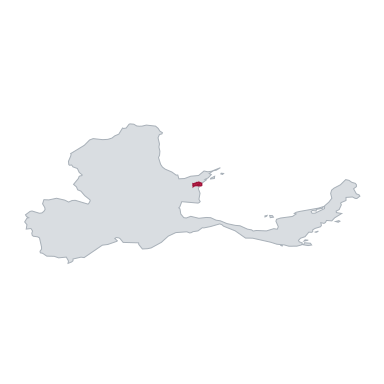 Tha Mai, Chanthaburi, Thailand shown in context, rotated 269°
{"feature_id": "78962969B20525991474584", "entity_name": "Tha Mai", "entity_type": "district", "adm_level": 2, "iso_a3": "THA", "parent_name": "Thailand", "parent_adm1": "Chanthaburi", "projection": "equal_earth", "projection_center": [101.972, 12.718], "detail": "fine", "context": "in_parent", "style": "filled", "palette": "rose", "viewbox_px": 384, "rotation_deg": 269, "n_neighbors": 0, "source": "geoboundaries", "source_scale": "gbopen_adm2", "svg_char_len": 5642}
<svg xmlns="http://www.w3.org/2000/svg" viewBox="0 0 384 384"><g transform="rotate(269 192 192)"><path d="M168.8,26.6L169.1,28.2L170.4,26.1L172.1,25.1L175.4,29.7L175.8,31.7L173.4,39.1L173.7,41.6L175.3,43.6L177.1,44.8L179.1,44.5L182.8,42.4L186.9,43.8L186.6,48.7L188.1,56.5L186.1,64.6L184.1,68.5L185.6,72.0L185.7,75.2L181.7,87.8L182.5,88.7L185.0,90.1L186.1,89.7L190.2,84.7L194.8,80.9L196.2,77.7L199.1,76.6L201.7,73.7L207.7,78.8L209.2,79.2L210.0,80.1L210.3,82.2L211.0,82.5L213.5,79.6L217.5,77.8L219.2,73.4L221.1,72.2L220.9,70.0L221.5,69.3L224.8,69.0L229.9,71.3L231.7,71.8L232.5,71.3L240.6,85.2L245.8,90.5L247.1,94.1L245.9,103.5L246.1,108.8L247.3,112.9L249.5,115.8L251.1,119.8L257.2,123.7L256.7,124.7L257.1,127.3L260.8,130.2L261.2,131.2L260.8,135.0L259.0,137.9L258.7,140.2L258.7,143.1L259.7,147.5L258.5,156.7L256.3,159.2L253.4,161.0L251.8,163.5L250.6,162.9L250.0,160.4L246.8,159.0L240.6,160.3L237.5,159.7L233.4,160.6L229.3,160.2L227.0,159.1L220.2,161.1L217.4,162.9L215.3,165.6L212.3,172.3L209.2,176.4L209.2,178.1L205.4,179.1L205.6,184.8L207.8,191.0L208.4,198.9L212.8,204.4L211.9,208.3L212.5,212.1L215.8,220.8L213.4,216.7L212.9,213.8L210.1,209.5L209.1,211.6L205.8,208.4L204.4,205.1L203.9,206.6L200.6,202.0L197.2,199.5L195.3,198.4L190.6,200.0L184.6,198.8L182.3,200.0L181.4,199.2L180.8,197.9L182.5,181.6L177.3,179.5L176.4,178.5L175.3,179.7L170.2,180.4L166.5,183.3L166.1,185.8L167.7,190.3L165.6,198.4L166.3,206.0L166.0,210.2L163.4,215.6L162.7,219.8L159.8,226.4L157.9,234.6L157.4,239.4L153.9,246.8L153.1,250.9L151.9,252.4L152.4,255.7L151.8,265.8L153.9,273.1L153.3,276.6L155.7,277.7L161.3,275.4L163.2,276.0L164.4,280.0L165.8,292.0L168.2,295.7L168.8,293.9L169.9,295.8L170.7,299.4L173.7,318.3L175.2,323.3L173.4,322.0L172.4,316.0L170.8,315.8L171.4,312.0L170.3,310.7L168.6,311.8L168.7,314.7L173.1,324.2L175.9,324.4L179.4,328.6L183.3,331.7L188.1,330.6L191.4,331.6L193.4,334.1L196.6,340.5L201.7,345.9L200.9,349.2L198.9,351.9L197.8,355.4L196.4,356.5L194.5,356.5L192.4,353.6L187.3,356.3L186.2,359.0L184.9,359.8L182.6,356.7L182.8,355.0L184.2,352.4L183.9,345.9L180.8,345.8L178.8,340.9L178.1,340.4L176.6,341.1L171.8,338.8L170.4,335.8L168.9,336.0L167.9,341.3L163.7,334.2L160.7,331.3L161.2,326.0L159.2,324.9L158.3,323.4L159.1,320.3L156.3,320.8L155.0,319.9L153.4,314.3L152.0,312.0L150.2,312.0L149.6,310.9L149.8,308.1L145.3,304.2L143.9,299.7L141.8,297.6L140.4,298.3L139.1,301.4L138.1,301.2L137.1,300.3L136.0,295.8L136.1,287.9L137.5,283.3L138.3,276.0L140.4,269.8L144.8,251.7L145.0,244.7L152.4,234.5L157.3,222.9L158.9,221.2L159.6,219.1L157.1,209.8L155.9,203.3L156.1,201.7L153.0,197.3L152.3,192.2L151.4,190.7L151.1,189.0L152.3,186.1L151.7,175.1L148.3,167.5L142.2,160.5L136.8,150.2L136.1,146.6L135.9,141.4L140.4,137.9L142.1,137.7L142.8,122.3L146.6,119.3L147.4,118.1L147.8,115.5L146.9,114.0L144.5,116.5L144.0,116.0L141.0,106.9L140.4,101.4L128.3,83.0L128.8,79.9L127.1,71.9L125.3,71.8L124.1,70.3L122.8,66.8L125.2,67.3L129.1,65.2L128.5,57.5L130.1,53.1L130.4,45.7L133.4,41.4L133.8,39.3L135.4,39.0L137.5,40.6L139.7,40.6L148.8,38.7L149.9,36.8L150.5,32.7L151.4,31.5L153.5,31.1L155.8,31.9L158.3,30.3L157.8,25.6L162.2,26.4L165.0,24.2L168.8,26.6ZM139.3,303.6L138.7,309.5L136.9,310.7L136.4,307.2L137.4,301.7L137.9,303.0L139.3,303.6ZM167.2,269.2L166.9,272.1L165.4,273.0L165.0,269.8L167.2,269.2ZM205.4,210.9L207.3,214.9L205.1,214.6L204.7,210.7L205.4,210.9ZM160.2,339.4L159.2,337.7L160.0,335.0L160.8,338.3L160.2,339.4ZM142.2,304.2L141.8,307.4L140.9,303.0L142.2,304.2ZM167.3,266.7L166.5,266.3L165.8,264.5L166.8,264.5L167.3,266.7ZM149.7,313.9L150.7,317.7L149.6,315.9L149.7,313.9ZM210.3,221.5L210.0,223.9L209.0,222.9L209.6,221.1L210.3,221.5ZM137.3,280.8L136.3,281.7L137.1,279.4L137.3,280.8Z" fill="#d9dde1" stroke="#a8b0b8" stroke-width="1"/><path d="M197.6,193.4L197.7,193.5L197.8,193.6L197.8,193.8L197.9,194.0L198.0,194.0L198.1,194.4L198.2,194.5L198.2,194.8L198.3,194.9L198.3,195.0L198.3,195.3L198.4,195.5L198.4,195.9L198.4,196.0L198.5,196.2L198.7,196.3L198.6,196.5L198.8,196.6L198.8,196.8L198.9,197.0L199.0,197.1L199.0,197.3L199.1,197.5L199.3,197.6L199.2,197.6L199.3,197.7L199.2,197.7L199.3,197.7L199.3,197.8L199.3,198.0L199.2,198.0L199.0,198.3L199.2,198.5L199.3,198.7L199.3,198.8L199.3,199.0L199.2,199.1L199.3,199.2L199.2,199.2L199.0,198.9L198.9,198.8L198.9,198.7L198.7,198.2L198.3,198.0L198.4,197.9L198.2,198.3L198.2,198.5L198.1,198.8L198.2,199.0L198.3,199.2L198.3,199.3L198.3,199.5L198.4,199.8L198.5,200.0L198.4,200.1L198.3,200.3L198.3,200.5L198.4,200.9L198.5,201.0L198.4,201.0L198.2,201.0L198.2,200.9L198.1,201.0L198.4,201.3L198.6,201.5L198.8,201.7L198.8,201.9L199.1,202.0L199.1,202.3L199.1,202.2L199.1,201.9L199.4,201.8L199.6,201.8L199.6,201.7L199.8,201.6L200.0,201.6L200.3,201.6L200.5,201.4L200.4,201.3L200.5,201.2L200.6,201.3L200.7,201.1L200.7,200.9L200.8,200.8L200.9,200.7L200.9,200.4L201.0,200.4L201.1,200.2L201.0,199.9L201.2,199.6L201.3,199.5L201.2,199.5L201.1,199.4L201.1,199.2L201.2,198.8L201.3,198.8L201.3,198.7L201.2,198.6L201.2,198.4L201.2,198.2L201.3,197.9L201.3,197.7L201.4,197.4L201.3,197.2L201.2,197.1L201.2,196.9L201.2,196.7L201.3,196.6L201.3,196.4L201.3,196.2L201.3,196.3L201.2,196.4L201.0,196.2L200.9,196.2L201.0,196.3L200.9,196.4L200.7,196.3L200.7,196.0L200.7,195.9L200.6,195.7L200.5,195.4L200.5,195.2L200.4,195.2L200.4,195.3L200.3,195.1L200.3,194.9L200.2,194.8L200.2,194.7L200.3,194.6L200.4,194.4L200.3,194.2L200.2,194.2L200.2,193.9L200.2,193.7L200.0,193.4L200.1,193.2L199.9,193.2L199.7,193.2L199.7,193.3L199.4,193.4L199.3,193.5L199.2,193.5L199.0,193.4L198.9,193.3L198.9,193.2L198.7,193.2L198.4,193.1L198.2,193.2L198.0,193.3L197.9,193.3L197.7,193.4L197.6,193.4ZM199.1,202.4L199.1,202.5L199.1,202.4Z" fill="#f43f5e" stroke="#9f1239" stroke-width="1.5"/></g></svg>